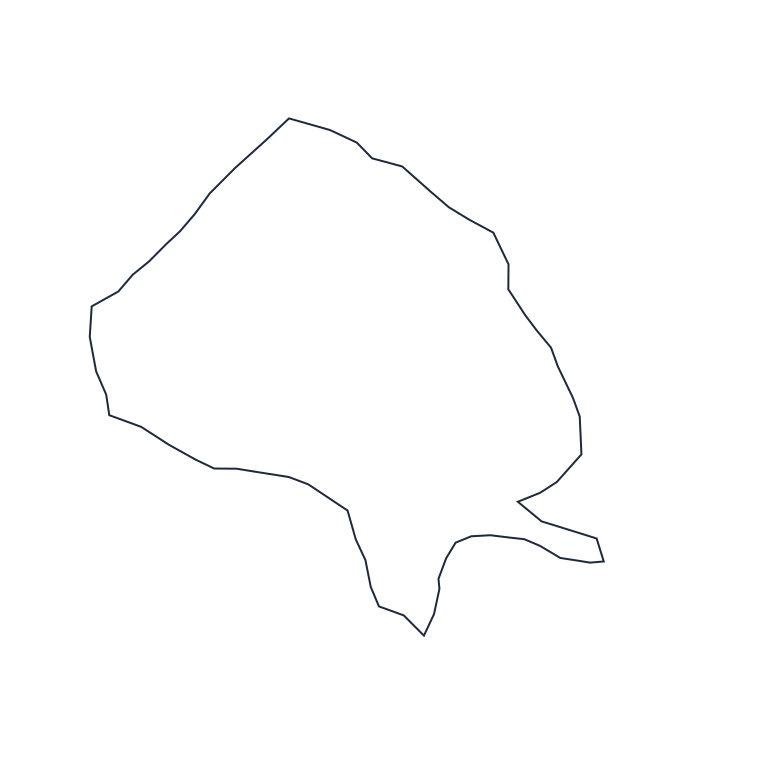 Gypsou, Cyprus, rotated 126°
{"feature_id": "46923920B91151164993764", "entity_name": "Gypsou", "entity_type": "district", "adm_level": 2, "iso_a3": "CYP", "parent_name": "Cyprus", "parent_adm1": "", "projection": "robinson", "projection_center": [33.795, 35.283], "detail": "fine", "context": "isolated", "style": "outline", "palette": "slate", "viewbox_px": 768, "rotation_deg": 126, "n_neighbors": 0, "source": "geoboundaries", "source_scale": "gbopen_adm2", "svg_char_len": 994}
<svg xmlns="http://www.w3.org/2000/svg" viewBox="0 0 768 768"><g transform="rotate(126 384 384)"><path d="M398.4,101.9L384.0,121.2L393.2,148.4L402.5,175.7L400.6,206.5L380.3,193.8L361.8,186.6L324.9,182.9L295.3,206.5L284.2,222.9L267.6,253.7L256.5,270.1L250.9,291.9L245.4,310.0L234.3,339.1L214.0,353.6L197.3,384.5L201.0,411.7L202.9,435.3L201.0,459.0L197.3,497.1L208.4,526.2L204.7,548.0L210.3,577.0L225.0,617.0L254.6,622.5L297.1,631.5L332.2,637.0L358.1,637.0L380.3,638.8L398.8,642.4L422.8,646.1L443.1,651.5L465.3,653.3L493.0,666.1L518.9,649.7L543.0,624.3L555.9,602.5L570.7,587.9L561.4,555.2L559.6,522.5L555.9,491.7L552.2,471.7L539.2,453.5L530.0,435.3L515.2,406.3L509.7,386.3L507.8,339.1L526.3,315.5L537.4,295.5L555.9,275.5L566.9,257.4L559.6,232.0L564.1,203.8L540.7,208.3L530.8,212.7L517.2,218.7L509.6,225.4L488.4,231.3L470.3,232.8L455.9,223.9L443.8,209.0L433.9,191.2L427.1,179.3L423.3,162.9L421.1,139.1L412.7,122.8L407.4,112.3L398.4,101.9Z" fill="none" stroke="#1e293b" stroke-width="2"/></g></svg>